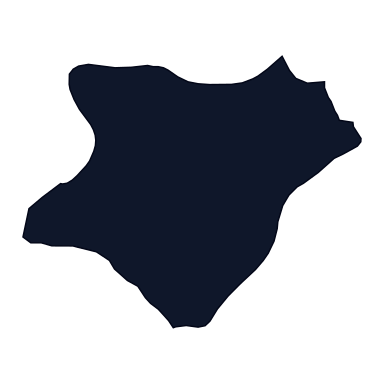 outline of Jangphung, Hwanghae-bukto, North Korea
{"feature_id": "82179303B70820658627831", "entity_name": "Jangphung", "entity_type": "district", "adm_level": 2, "iso_a3": "PRK", "parent_name": "North Korea", "parent_adm1": "Hwanghae-bukto", "projection": "mercator", "projection_center": [126.771, 38.094], "detail": "fine", "context": "isolated", "style": "filled", "palette": "ink", "viewbox_px": 384, "rotation_deg": 0, "n_neighbors": 0, "source": "geoboundaries", "source_scale": "gbopen_adm2", "svg_char_len": 1341}
<svg xmlns="http://www.w3.org/2000/svg" viewBox="0 0 384 384"><path d="M282.1,56.3L267.4,69.2L258.0,76.1L252.8,78.9L242.3,82.9L231.5,84.4L209.6,84.6L198.2,83.8L187.9,81.8L177.8,76.9L168.0,70.1L163.5,67.8L158.3,66.7L153.2,66.7L147.6,65.5L131.4,67.3L115.1,67.8L88.4,64.4L78.6,66.1L73.2,69.2L72.0,70.8L69.4,74.1L69.2,84.4L70.1,89.5L74.1,99.5L79.5,109.4L90.7,124.5L93.4,129.7L95.2,135.1L95.8,140.2L95.4,145.6L93.8,151.3L89.6,161.0L86.2,165.8L77.0,175.8L72.3,180.1L67.2,183.2L62.5,184.0L60.6,183.6L42.4,197.3L29.0,208.6L23.0,237.0L30.8,242.8L41.3,242.8L51.8,245.8L72.9,245.9L77.4,247.1L96.4,251.8L109.4,260.4L114.5,269.0L127.4,280.5L137.8,286.2L145.4,297.7L150.6,303.4L158.3,309.2L163.5,314.9L168.6,320.6L173.3,327.7L175.7,326.8L186.2,325.5L198.1,327.1L205.1,325.7L209.9,321.2L217.4,309.0L228.1,296.0L238.8,285.2L242.0,282.1L255.4,269.6L263.2,260.5L268.3,253.1L268.4,252.9L268.7,252.2L274.0,241.2L277.2,228.6L277.8,221.8L278.5,219.5L281.5,209.6L282.7,205.6L287.3,197.8L289.0,195.0L297.2,186.8L303.4,183.3L318.3,172.4L330.9,161.2L334.0,158.4L335.4,157.7L343.1,154.0L354.9,147.5L357.4,146.1L360.8,141.8L360.9,139.7L361.0,138.5L359.5,136.2L353.4,126.7L352.9,122.4L339.3,120.3L337.5,115.4L334.8,111.1L331.0,101.4L328.3,97.5L324.5,87.8L324.5,81.8L307.3,83.2L295.8,78.4L289.4,70.4L282.1,56.3Z" fill="#0f172a" stroke="#020617" stroke-width="1.5"/></svg>